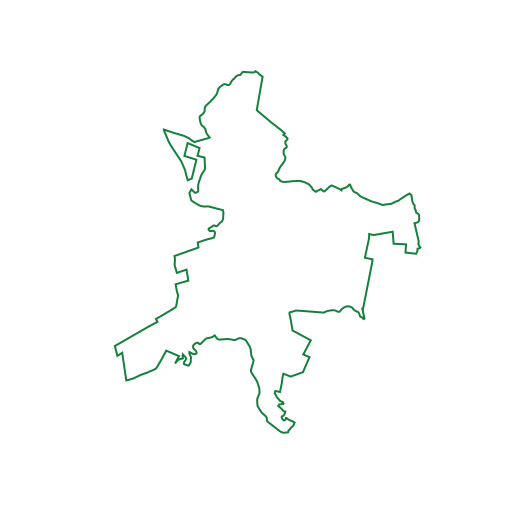 Avram Iancu, Bihor, Romania (orthographic projection), rotated 68°
{"feature_id": "2599482B98279949675943", "entity_name": "Avram Iancu", "entity_type": "district", "adm_level": 2, "iso_a3": "ROU", "parent_name": "Romania", "parent_adm1": "Bihor", "projection": "orthographic", "projection_center": [21.526, 46.667], "detail": "fine", "context": "isolated", "style": "outline", "palette": "green", "viewbox_px": 512, "rotation_deg": 68, "n_neighbors": 0, "source": "geoboundaries", "source_scale": "gbopen_adm2", "svg_char_len": 6101}
<svg xmlns="http://www.w3.org/2000/svg" viewBox="0 0 512 512"><g transform="rotate(68 256 256)"><path d="M431.5,292.3L429.8,291.0L429.8,290.4L429.3,289.3L428.3,288.1L427.4,285.1L424.9,282.6L423.7,283.4L420.4,286.7L419.4,287.4L417.7,288.3L417.5,288.9L418.9,290.1L419.1,290.9L419.0,291.5L418.6,292.0L417.4,292.6L415.3,292.7L414.4,292.1L414.3,290.1L413.1,288.6L411.2,287.1L410.4,288.3L409.6,288.8L407.0,289.7L403.4,291.6L403.1,291.4L402.7,290.5L402.4,290.2L402.4,289.8L402.8,288.7L402.8,287.5L403.4,286.1L403.1,285.7L401.4,285.9L401.0,286.2L400.6,286.9L399.3,288.0L395.1,289.4L394.1,289.7L391.1,289.8L390.3,290.2L388.9,289.1L388.6,288.9L388.6,288.4L388.8,288.0L391.1,284.7L383.7,279.8L378.9,277.2L375.4,274.7L380.8,269.0L381.3,256.0L369.8,244.3L365.0,249.0L354.7,236.8L338.8,250.0L328.7,247.8L321.9,246.6L320.9,246.0L321.4,241.5L321.5,239.5L323.6,235.0L334.0,214.1L333.7,213.2L333.8,210.5L334.0,209.0L334.8,205.8L335.1,204.9L335.8,203.5L336.6,202.5L338.2,201.1L338.9,200.0L338.9,199.3L337.3,196.1L336.7,193.6L336.6,192.1L336.9,190.2L337.2,189.2L338.5,187.5L339.7,186.3L340.3,186.0L341.9,185.6L342.7,185.2L344.3,184.2L346.4,182.2L348.0,181.9L350.5,182.1L351.3,182.0L352.7,180.6L354.8,179.9L354.7,178.9L344.9,177.2L345.3,176.7L304.3,149.9L303.3,149.6L302.8,149.2L298.4,155.7L282.3,144.8L278.0,142.8L280.6,139.2L284.7,120.2L296.2,123.8L301.4,112.5L308.8,116.1L313.9,106.7L311.9,104.5L309.8,103.5L309.8,103.1L310.1,101.3L309.8,100.8L309.3,100.8L309.3,100.5L307.0,101.0L306.1,101.0L305.2,100.7L303.6,99.7L286.0,96.9L285.0,96.8L285.3,94.0L285.2,93.2L284.7,92.1L284.3,91.5L279.4,89.5L278.6,89.5L277.9,89.7L275.9,91.1L275.1,91.2L273.1,90.8L271.2,91.0L268.5,90.0L266.2,90.6L263.6,90.5L257.6,89.1L255.5,90.4L255.8,91.1L256.0,93.9L257.1,99.1L257.5,101.3L258.1,102.9L257.9,106.1L258.3,111.2L256.6,117.1L256.3,119.4L252.4,123.6L249.7,127.2L248.0,129.1L240.6,136.2L239.3,137.1L235.3,139.0L233.5,140.9L232.2,141.5L228.1,142.1L225.3,142.0L224.8,142.3L224.8,143.0L225.6,144.4L226.0,145.5L226.2,147.8L226.0,151.2L227.1,152.1L225.4,153.3L222.7,155.7L218.9,159.5L218.9,160.1L219.3,161.9L221.3,167.1L221.7,168.6L221.4,169.1L219.1,170.3L218.2,170.9L218.4,171.6L218.6,174.9L218.9,176.3L218.7,176.7L216.0,178.3L215.5,178.5L213.9,178.5L209.6,179.9L206.0,183.1L204.3,185.2L203.6,186.3L203.0,186.7L200.2,194.4L199.2,198.4L198.8,199.3L197.8,202.7L195.6,205.4L194.8,205.4L193.4,205.9L192.0,207.1L190.3,207.7L188.8,207.6L187.7,207.1L187.0,206.3L186.4,204.4L185.1,202.9L183.4,201.3L182.0,199.4L179.6,195.4L178.2,193.5L176.2,192.1L175.2,191.7L172.5,192.1L171.0,191.9L168.7,190.9L167.7,190.0L167.3,189.3L166.9,187.3L166.5,186.7L165.6,186.3L163.3,186.6L161.5,186.3L160.6,185.7L159.8,183.5L158.9,182.7L156.8,183.5L154.0,185.3L153.1,183.3L147.9,186.0L137.9,191.8L121.1,200.7L92.2,182.7L89.9,184.2L88.3,185.1L87.4,185.2L84.5,187.3L84.9,187.7L84.9,189.3L84.8,189.9L82.4,195.1L80.7,198.2L80.5,199.1L80.5,199.7L80.8,200.3L81.6,201.5L82.2,202.8L81.7,204.7L81.7,206.2L82.1,207.5L83.5,210.0L83.7,211.2L84.2,212.1L85.1,213.6L86.7,215.4L87.2,216.4L87.3,216.9L87.1,217.9L86.6,218.7L85.4,219.8L85.0,220.5L84.8,221.5L84.8,222.3L85.8,226.3L86.9,228.3L90.7,231.3L91.8,232.7L92.5,233.8L94.3,237.4L94.8,238.8L95.6,240.2L97.6,245.4L98.3,246.7L99.4,248.0L102.5,249.4L103.1,250.0L104.6,252.5L105.1,254.8L105.3,255.5L105.8,256.0L106.4,256.4L109.1,257.1L112.4,257.6L113.6,257.5L114.7,257.3L116.4,256.3L118.9,255.4L122.5,255.9L123.5,255.9L124.4,255.8L128.8,254.6L128.8,256.5L127.2,270.5L126.7,271.0L121.7,274.1L117.7,277.7L111.0,286.2L104.2,294.1L104.6,294.3L117.7,294.1L123.2,293.3L140.3,289.8L150.3,289.6L152.5,290.1L160.2,290.9L160.2,286.6L144.4,275.2L136.4,284.9L125.7,277.1L134.8,267.9L141.2,272.7L145.4,266.8L154.5,270.0L156.1,270.6L157.3,271.9L159.7,275.5L161.5,277.4L164.1,279.4L165.4,280.8L168.5,283.0L170.7,284.0L174.0,285.1L174.6,286.1L174.8,287.0L174.8,288.2L174.4,289.0L170.0,290.9L172.4,293.9L172.7,294.2L179.4,295.1L180.0,295.1L180.6,294.9L182.4,293.8L188.2,289.3L188.7,288.8L190.6,285.8L191.0,284.9L192.1,281.7L201.1,269.5L203.4,269.9L208.6,272.3L210.4,273.6L210.9,274.4L211.4,275.2L211.8,277.2L212.1,277.7L213.6,280.6L213.6,281.3L213.4,281.8L212.0,283.3L211.8,284.3L212.6,287.3L212.7,289.1L213.1,289.8L213.3,290.0L214.0,290.0L215.6,289.5L215.8,289.2L216.6,286.3L217.0,285.7L217.9,285.3L219.3,285.4L219.7,285.6L221.6,286.8L223.1,288.2L223.0,289.9L222.1,296.8L221.8,303.5L221.6,304.9L226.6,306.2L225.5,331.6L228.8,332.4L234.0,334.9L242.0,335.7L242.6,325.5L253.5,328.0L252.1,341.1L259.6,342.7L263.2,342.9L272.3,348.6L273.3,349.5L273.5,350.2L274.5,356.0L276.1,366.2L276.9,372.4L280.1,372.0L281.3,382.6L286.6,420.6L296.6,421.9L296.5,420.7L295.6,416.3L322.8,422.9L323.1,420.9L323.6,415.1L323.1,407.9L323.2,402.6L323.4,402.5L323.4,402.1L323.2,393.8L323.0,391.4L322.6,390.4L322.1,389.6L316.0,381.7L310.1,374.7L320.0,364.9L325.3,371.3L323.4,367.8L323.0,365.8L323.0,365.1L323.2,364.0L323.6,362.9L323.6,362.2L322.6,361.8L321.3,361.6L319.8,360.7L323.0,359.4L324.6,359.1L325.2,359.3L325.9,360.0L327.5,362.4L328.8,363.2L329.4,363.2L332.2,359.9L332.4,359.2L331.6,358.4L330.9,357.3L330.1,356.4L329.3,355.9L327.3,355.2L326.3,354.5L325.5,354.2L324.4,354.1L321.7,354.4L320.1,353.7L323.4,350.9L323.8,350.1L324.1,349.1L324.2,348.3L324.0,347.8L323.5,347.4L322.9,347.2L322.1,347.2L321.4,347.3L319.1,348.4L318.2,348.6L317.0,348.5L316.2,348.2L315.8,348.0L315.0,347.0L314.7,346.3L314.2,344.4L314.3,343.5L314.5,342.6L315.4,341.8L316.5,341.5L316.7,341.1L316.8,340.7L316.2,339.0L314.3,334.5L313.9,333.0L314.0,331.8L314.4,330.0L314.8,327.2L314.2,324.0L317.3,323.3L318.2,322.9L318.8,322.4L319.8,321.3L320.1,320.4L321.8,314.8L322.9,312.3L323.8,310.7L325.8,307.8L326.1,306.5L326.1,305.6L325.9,303.6L325.9,302.6L326.5,300.9L326.9,300.3L329.6,297.4L330.0,297.1L331.2,296.8L338.1,295.7L340.4,295.9L347.2,297.7L351.3,297.2L352.0,297.3L359.7,303.3L360.9,303.8L361.4,303.9L364.2,303.6L369.3,302.5L373.1,302.0L378.7,302.4L380.6,302.7L384.3,304.0L388.3,307.8L389.2,308.5L390.2,309.0L393.5,310.1L395.5,310.7L396.3,310.7L403.1,309.5L408.4,306.9L409.4,306.7L410.4,306.8L412.9,307.6L413.8,307.4L428.2,299.0L430.3,296.6L431.5,292.3Z" fill="none" stroke="#15803d" stroke-width="2"/></g></svg>